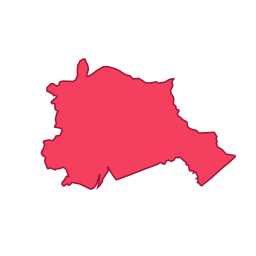 Bakala, Ouaka, Central African Republic, rotated 69°
{"feature_id": "33826404B96667764649230", "entity_name": "Bakala", "entity_type": "district", "adm_level": 2, "iso_a3": "CAF", "parent_name": "Central African Republic", "parent_adm1": "Ouaka", "projection": "albers", "projection_center": [20.419, 6.598], "detail": "fine", "context": "isolated", "style": "filled", "palette": "rose", "viewbox_px": 256, "rotation_deg": 69, "n_neighbors": 0, "source": "geoboundaries", "source_scale": "gbopen_adm2", "svg_char_len": 2798}
<svg xmlns="http://www.w3.org/2000/svg" viewBox="0 0 256 256"><g transform="rotate(69 128 128)"><path d="M193.2,38.2L192.0,38.2L187.8,45.5L184.3,47.0L181.5,48.1L177.7,51.2L174.6,51.2L172.3,49.5L170.2,49.8L167.9,48.1L162.9,49.1L161.5,53.4L159.3,60.3L158.2,63.4L154.8,65.2L150.9,70.4L147.9,71.8L143.3,70.9L139.8,74.0L137.1,75.1L134.8,76.7L132.6,77.1L130.3,74.2L129.2,74.3L128.7,75.3L128.0,76.0L126.5,76.1L124.9,75.6L123.2,76.5L121.8,77.1L121.0,76.7L119.1,75.8L117.8,74.9L115.4,74.7L112.9,75.0L111.5,75.5L109.8,75.0L108.5,75.0L106.2,72.6L104.6,71.1L100.7,70.5L98.3,67.6L97.5,71.7L97.9,74.6L98.4,77.4L97.7,80.0L97.0,83.7L95.0,85.0L94.0,90.8L92.4,95.1L85.5,100.1L84.1,105.7L80.1,107.3L77.5,111.0L74.4,113.4L71.6,115.3L68.5,118.4L63.6,124.5L62.0,129.1L63.1,136.2L65.3,143.8L65.4,147.6L64.0,147.7L62.0,146.2L59.1,143.9L55.0,143.2L48.1,143.6L47.7,145.5L48.2,148.7L51.4,152.4L56.7,154.9L61.3,156.5L64.3,159.7L64.9,162.5L60.7,172.4L60.7,175.4L63.1,177.1L63.2,178.3L63.1,179.6L62.2,180.4L59.6,182.2L59.1,184.1L59.5,185.2L60.2,186.0L60.7,187.9L61.0,188.7L62.3,189.6L64.3,190.3L65.0,190.2L65.6,189.4L66.6,188.4L67.9,187.4L68.6,186.6L69.7,186.0L70.8,186.0L71.1,185.8L71.7,184.2L72.9,183.2L73.7,183.5L74.3,185.1L74.9,187.3L75.6,189.2L76.4,190.5L78.1,190.3L78.3,188.6L79.7,187.7L83.7,189.3L86.0,188.7L86.9,187.4L87.7,187.5L88.6,189.0L93.5,192.5L95.5,193.0L98.5,193.4L99.3,194.9L100.8,196.2L103.5,191.9L105.0,190.3L106.8,190.4L110.6,194.1L109.6,198.2L111.3,199.7L112.8,203.3L111.0,205.7L110.4,208.2L110.0,211.0L110.8,212.0L113.9,211.9L116.3,213.7L119.9,217.8L121.8,217.8L123.6,217.4L124.7,216.0L126.5,215.6L127.6,216.7L129.0,217.6L130.6,217.8L133.9,217.6L137.1,217.6L137.5,216.9L137.3,215.0L141.0,210.8L140.5,209.6L141.4,206.8L141.4,202.9L142.9,201.4L144.5,200.5L148.7,200.7L152.1,200.7L151.0,202.6L152.6,204.6L154.5,207.3L155.1,208.9L156.9,209.7L158.8,209.0L159.2,207.7L158.6,206.2L158.6,204.5L160.1,204.1L160.1,201.9L158.6,200.1L163.0,193.0L169.6,186.7L171.8,184.6L171.8,181.7L170.4,179.4L169.0,177.1L161.5,171.5L162.3,171.4L167.9,174.2L172.7,177.6L171.7,175.1L169.1,171.4L166.8,170.0L160.7,161.6L157.4,161.2L157.8,160.7L164.9,159.5L172.2,157.6L172.4,142.7L172.3,125.0L172.5,113.2L171.6,110.9L172.7,109.1L174.6,107.7L174.6,106.2L173.3,105.1L172.5,103.9L172.5,101.7L174.7,99.5L174.6,97.5L174.2,96.1L172.7,94.7L172.8,93.1L173.8,92.2L173.3,90.8L174.7,89.7L176.6,88.6L179.4,87.2L180.7,86.1L182.2,86.6L183.6,86.6L184.0,85.2L185.4,84.8L187.1,85.4L188.8,85.7L190.2,85.7L190.6,84.3L191.7,82.4L192.8,82.4L193.4,83.1L193.4,82.5L193.2,81.4L193.2,80.9L195.5,80.4L197.3,80.3L198.6,80.1L199.4,80.9L199.7,82.3L200.4,81.3L202.0,81.3L203.0,81.5L203.4,82.5L203.8,82.8L204.2,82.3L204.5,81.7L205.2,81.4L207.4,80.8L208.3,80.0L204.7,68.7L199.9,56.4L195.9,44.6L193.2,38.2Z" fill="#f43f5e" stroke="#9f1239" stroke-width="1.5"/></g></svg>